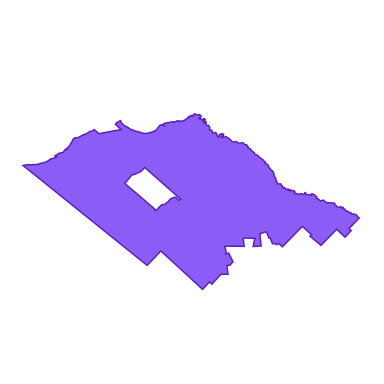 the district of Burke, Queensland, Australia, rotated 309°
{"feature_id": "25037944B14025919363288", "entity_name": "Burke", "entity_type": "district", "adm_level": 2, "iso_a3": "AUS", "parent_name": "Australia", "parent_adm1": "Queensland", "projection": "natural_earth1", "projection_center": [139.379, -18.061], "detail": "fine", "context": "isolated", "style": "filled", "palette": "violet", "viewbox_px": 384, "rotation_deg": 309, "n_neighbors": 0, "source": "geoboundaries", "source_scale": "gbopen_adm2", "svg_char_len": 5996}
<svg xmlns="http://www.w3.org/2000/svg" viewBox="0 0 384 384"><g transform="rotate(309 192 192)"><path d="M106.3,44.0L106.7,203.3L126.6,204.9L123.0,261.5L133.2,262.2L132.9,265.5L146.2,266.2L150.7,271.7L156.9,265.3L158.9,267.6L163.6,267.7L167.6,259.0L165.0,257.3L166.3,256.8L167.1,255.9L169.7,252.8L170.4,251.4L182.6,266.7L188.4,260.8L195.8,270.2L194.1,270.7L192.1,271.7L191.1,271.9L188.8,273.7L188.2,273.9L193.5,279.7L202.4,271.0L207.9,274.9L204.6,280.8L205.6,281.5L202.4,287.1L203.2,287.8L204.1,289.3L204.0,290.4L204.9,291.2L206.6,291.4L206.3,296.7L234.7,299.4L234.0,311.7L231.9,311.5L231.7,325.8L254.0,327.9L253.3,339.4L262.2,340.0L262.4,337.0L277.1,338.3L276.9,337.7L277.1,336.9L277.1,335.6L277.6,334.8L277.7,334.2L276.6,331.3L276.3,331.1L275.9,331.0L275.4,330.2L275.9,329.1L275.1,327.6L275.3,325.9L274.9,324.8L274.6,324.5L274.5,323.6L274.1,323.0L274.2,322.3L274.9,321.6L274.7,321.2L274.2,320.7L274.1,320.4L275.0,319.6L275.1,318.9L274.9,318.7L274.2,318.7L273.8,318.4L273.8,317.8L274.2,317.2L274.0,316.6L272.5,315.8L272.0,315.0L272.1,312.5L272.0,311.2L272.1,310.8L273.0,310.1L273.0,309.6L272.6,309.1L271.7,308.3L271.2,306.9L268.8,303.9L268.1,302.0L268.5,299.8L268.3,299.1L267.7,298.6L266.7,298.2L266.2,297.5L265.9,296.6L266.0,294.2L265.5,293.3L265.7,292.5L266.7,292.1L266.9,291.9L266.6,290.5L266.9,288.9L266.5,287.2L266.3,286.6L265.9,286.2L265.3,286.4L264.9,286.8L264.5,286.7L264.3,285.4L261.9,283.0L261.9,282.6L262.7,281.2L262.6,280.1L262.2,280.0L261.5,280.8L260.7,280.6L260.1,280.1L260.0,279.1L259.3,277.7L258.5,277.1L257.6,276.9L257.3,276.7L257.2,276.2L257.2,275.0L256.5,274.3L255.7,272.9L255.5,272.3L255.6,272.0L255.8,271.8L256.6,272.0L256.9,271.9L257.1,271.3L257.1,270.4L256.8,269.7L256.3,268.9L255.0,268.1L255.0,267.7L255.6,267.1L255.6,266.6L254.4,266.8L254.0,266.5L254.0,266.0L254.6,265.2L254.7,264.8L253.6,264.0L253.4,262.5L253.6,261.2L252.3,259.9L252.5,259.3L253.4,258.7L253.6,258.5L253.5,257.3L253.9,256.4L254.0,255.6L253.7,255.1L252.3,253.9L252.1,253.2L253.0,252.4L253.2,251.7L253.3,250.9L254.2,250.0L254.8,248.8L255.6,248.2L255.7,246.6L256.7,245.3L258.1,243.7L258.4,243.1L259.0,241.3L259.1,240.9L258.8,240.3L258.8,239.5L259.5,237.6L259.2,236.7L260.6,234.8L260.8,234.1L260.8,232.3L260.1,231.1L260.4,230.5L261.2,230.5L261.4,230.4L261.4,228.5L261.7,226.9L261.5,224.9L261.6,223.5L261.3,222.8L261.4,221.9L261.9,220.5L261.6,219.7L261.6,218.8L260.9,218.2L260.9,217.6L261.0,216.9L261.8,215.7L261.5,214.5L261.9,213.5L261.5,212.8L261.5,212.2L261.6,211.7L262.1,210.7L262.3,210.0L261.9,209.1L261.9,208.1L261.6,207.8L261.6,207.5L261.7,207.2L262.5,206.9L263.0,205.0L263.0,204.5L262.2,203.6L261.9,202.9L262.4,201.6L262.4,201.1L261.4,199.6L260.1,198.4L259.1,197.3L259.1,194.7L257.5,193.4L256.5,191.6L256.5,190.9L256.9,188.4L256.9,186.8L256.4,185.3L256.6,184.0L254.4,181.9L253.5,181.6L253.2,181.3L253.5,180.3L253.9,180.0L254.4,180.2L255.0,181.0L256.3,180.8L256.7,180.2L256.7,179.5L255.4,178.0L254.1,177.2L253.7,177.1L253.2,177.3L252.6,178.2L252.2,178.4L251.6,178.1L251.3,177.4L251.6,176.1L253.0,173.9L253.1,173.2L252.8,172.4L251.4,171.8L250.8,171.0L251.0,170.1L251.9,169.5L252.3,168.9L252.1,167.7L251.4,167.2L251.3,166.9L252.0,166.0L253.2,165.4L254.0,163.6L254.1,162.9L253.1,161.9L253.4,160.4L254.0,159.5L255.1,159.3L255.3,159.0L255.2,158.4L254.8,158.0L253.9,158.3L253.4,158.1L253.4,157.6L253.6,156.3L253.9,155.9L254.7,155.8L255.2,156.2L255.7,157.0L256.1,157.1L256.7,156.6L256.8,155.8L256.5,155.2L256.0,154.8L255.0,154.7L254.5,154.4L254.2,153.8L254.6,153.0L254.6,152.7L253.7,152.5L253.3,151.9L253.4,151.5L254.4,151.3L255.1,151.0L255.9,151.5L256.3,151.6L256.9,150.7L256.9,149.4L256.6,148.7L255.8,148.0L254.9,147.6L254.5,147.1L254.8,145.1L253.7,144.6L252.9,144.6L251.8,144.9L251.4,144.8L251.5,143.8L251.1,143.5L251.0,143.8L250.2,143.4L249.8,142.8L249.3,142.7L248.9,142.1L248.6,142.1L248.1,142.6L247.7,142.0L246.9,142.0L247.0,142.2L246.8,142.2L246.5,141.9L246.2,141.8L245.0,141.5L244.7,141.6L243.1,141.0L242.7,141.1L242.0,140.3L240.3,139.3L239.6,137.8L239.1,137.9L238.1,135.7L236.4,135.0L236.0,134.7L234.8,134.4L234.5,134.2L234.6,133.8L234.9,133.6L233.5,131.7L231.6,130.6L231.6,130.4L231.2,130.3L230.3,129.1L230.0,129.0L228.7,127.8L227.0,127.1L226.7,127.2L226.1,128.3L225.9,129.4L225.4,129.9L225.8,129.3L225.9,128.3L226.5,127.1L223.8,125.2L221.8,125.0L217.5,125.2L216.1,124.4L214.9,124.1L214.6,124.3L214.4,123.8L212.8,122.9L212.6,122.5L211.2,121.7L209.0,119.9L207.6,118.3L206.5,116.2L206.1,115.1L206.0,114.5L205.8,114.5L205.7,114.3L205.7,114.0L204.5,111.1L203.7,109.8L203.5,109.2L203.5,108.6L203.2,108.4L203.3,108.0L202.8,106.6L202.7,106.8L202.5,106.4L202.1,104.7L201.7,100.4L201.3,99.6L201.6,100.0L201.6,99.7L201.1,98.2L201.0,96.9L201.3,94.1L201.8,93.0L202.0,92.3L202.4,91.8L201.8,91.3L201.9,91.2L200.3,90.7L198.4,89.7L198.3,90.1L196.4,89.9L196.0,97.6L178.7,82.9L179.0,76.7L176.5,76.0L175.4,75.3L175.4,75.1L174.7,74.5L171.7,73.6L169.6,72.6L169.3,72.7L169.0,72.1L168.4,71.7L167.3,71.2L167.2,71.3L166.6,70.9L163.0,69.4L161.5,68.4L160.5,67.4L160.9,67.5L161.2,67.9L161.1,67.3L158.7,66.3L158.1,66.6L157.2,66.6L156.9,66.9L153.1,67.3L151.4,67.7L147.6,67.4L147.1,67.5L146.9,67.8L146.7,67.7L146.5,67.1L146.1,67.2L145.7,67.0L145.8,67.4L146.2,67.4L146.4,67.8L144.8,67.2L144.5,67.1L144.0,66.8L142.8,66.7L142.1,67.2L138.7,64.5L136.7,63.6L135.9,63.6L134.9,63.8L134.7,63.6L134.9,63.5L134.8,63.3L135.1,63.5L134.8,63.2L134.7,63.4L134.3,63.4L133.9,63.2L133.8,63.4L134.1,63.4L134.2,63.6L134.0,64.0L133.6,64.1L133.6,64.6L132.8,63.9L130.6,62.9L129.3,61.6L125.5,60.5L122.9,59.3L120.0,57.4L119.8,56.9L119.5,56.6L116.5,54.8L113.5,51.6L113.4,51.2L111.7,49.8L110.6,47.9L110.2,47.4L109.2,46.9L108.8,46.1L106.3,44.0ZM179.3,187.8L177.9,187.2L177.1,186.3L177.0,185.7L177.7,184.1L177.7,183.4L177.2,182.0L175.4,180.7L172.7,179.5L168.8,179.5L167.6,179.0L166.0,179.0L163.3,176.9L163.1,177.1L162.6,176.8L162.6,176.5L159.1,175.9L156.4,176.2L155.2,175.7L155.2,175.1L154.5,174.6L155.1,173.8L155.3,173.9L156.4,134.4L167.8,134.6L168.8,135.9L175.8,139.4L181.3,139.9L179.3,187.8Z" fill="#8b5cf6" stroke="#5b21b6" stroke-width="1.5"/></g></svg>